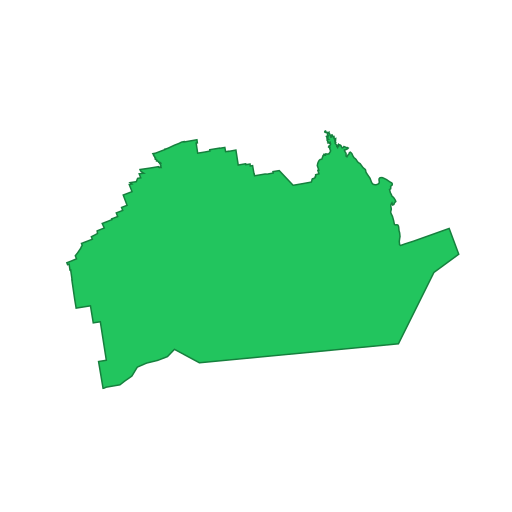 the district of San Justo, Córdoba, Argentina, rotated 69°
{"feature_id": "61730980B4375422681595", "entity_name": "San Justo", "entity_type": "district", "adm_level": 2, "iso_a3": "ARG", "parent_name": "Argentina", "parent_adm1": "Córdoba", "projection": "robinson", "projection_center": [-62.92, -31.204], "detail": "fine", "context": "isolated", "style": "filled", "palette": "green", "viewbox_px": 512, "rotation_deg": 69, "n_neighbors": 0, "source": "geoboundaries", "source_scale": "gbopen_adm2", "svg_char_len": 6010}
<svg xmlns="http://www.w3.org/2000/svg" viewBox="0 0 512 512"><g transform="rotate(69 256 256)"><path d="M299.5,65.8L298.6,103.6L298.1,112.1L298.0,117.3L296.7,117.9L296.0,117.6L293.9,117.1L290.6,115.3L289.5,114.6L285.9,113.6L283.7,113.4L280.4,112.5L279.2,112.3L277.9,112.5L277.3,113.3L277.0,114.6L276.2,115.4L275.0,115.3L272.1,114.8L267.9,114.4L264.3,114.7L263.2,114.5L262.2,113.9L261.2,113.1L260.1,112.7L257.7,112.3L256.6,111.7L255.8,110.9L255.1,110.0L257.4,110.1L257.3,108.8L256.6,108.3L255.7,107.2L255.3,106.0L254.2,105.9L251.8,106.3L250.5,106.7L248.6,107.7L247.4,107.6L245.1,107.9L241.7,107.5L241.6,106.3L240.7,105.7L239.6,105.6L238.9,104.6L238.5,103.4L237.5,102.9L236.3,103.1L235.5,103.9L232.6,106.0L231.6,106.6L228.9,109.1L228.1,110.0L227.6,111.1L227.4,112.3L227.9,113.3L229.0,113.9L231.3,114.4L232.2,115.2L232.6,116.3L232.6,117.4L232.5,118.7L231.2,120.8L230.1,121.4L228.9,121.7L224.2,121.7L220.6,122.6L217.2,123.3L214.8,122.9L213.7,123.3L212.8,123.9L211.6,124.5L207.1,125.7L206.2,126.4L205.2,127.1L204.1,127.5L201.7,128.0L200.6,128.5L199.6,129.2L197.2,129.7L194.9,129.8L193.8,130.2L192.8,130.8L193.1,131.9L194.1,132.6L194.5,133.7L195.2,134.6L196.0,135.5L195.3,136.1L194.1,135.8L193.1,135.3L192.0,135.2L190.8,135.5L189.6,135.7L188.6,135.4L189.0,134.3L188.8,133.3L188.8,132.2L188.3,131.2L187.4,131.9L187.1,133.0L186.1,133.8L185.3,134.7L186.0,135.6L186.0,136.8L184.8,137.0L183.6,137.1L183.0,137.3L183.1,137.5L182.7,137.9L182.1,138.2L182.1,138.6L181.8,138.7L181.7,138.9L181.3,139.0L181.7,139.5L181.9,139.5L181.9,139.8L182.9,140.2L183.2,139.9L183.4,140.4L184.0,140.9L183.2,141.1L182.7,140.9L182.6,141.0L182.5,141.3L182.0,141.1L181.6,141.0L179.0,141.7L178.5,141.4L178.8,141.2L178.6,140.8L178.4,140.8L178.1,141.0L177.7,141.0L176.9,140.5L176.9,141.1L176.5,141.0L176.5,140.5L176.3,140.3L175.9,140.2L175.1,139.6L174.9,139.5L174.9,139.8L175.2,140.1L175.0,140.3L175.3,140.5L175.1,140.8L174.2,141.0L173.7,140.9L173.3,141.0L173.3,140.6L173.1,140.5L172.9,140.6L172.5,140.4L172.2,140.4L172.2,140.8L171.8,141.5L171.3,141.6L170.3,141.5L170.1,141.6L170.1,141.8L170.3,142.5L170.6,142.7L171.7,142.6L172.1,143.4L172.1,143.5L171.9,143.6L171.4,143.3L171.1,143.3L169.4,143.5L168.7,143.4L167.5,143.8L166.6,143.5L166.7,144.1L166.8,144.3L166.3,144.8L165.9,145.8L165.5,146.3L164.9,146.6L164.7,146.5L164.6,146.2L164.3,146.2L164.2,146.3L164.3,146.5L164.2,146.8L164.6,147.3L164.8,147.4L165.0,147.3L165.5,147.0L165.6,146.8L165.6,146.4L166.3,145.9L166.4,145.4L166.9,145.4L167.3,145.3L168.1,145.7L169.2,145.4L169.3,145.7L169.6,145.6L169.6,145.9L169.9,146.1L169.5,146.6L169.5,147.4L169.6,147.5L170.0,147.4L170.1,146.6L170.3,146.6L170.5,147.0L170.8,147.1L171.1,146.9L171.0,146.4L171.6,146.7L171.3,146.9L171.4,147.5L171.7,147.6L172.1,147.3L172.4,147.2L172.8,146.9L172.6,147.5L172.9,147.8L173.0,148.1L173.3,148.2L173.6,148.0L174.0,147.9L174.6,148.0L175.1,147.8L175.2,148.0L175.5,147.7L175.7,148.0L176.1,148.2L176.1,147.9L176.3,147.7L176.1,147.2L176.3,146.7L176.6,147.1L177.0,147.2L177.2,146.8L176.8,146.1L177.2,146.2L177.6,146.1L178.6,146.5L179.0,146.9L179.1,147.4L179.6,147.8L179.4,148.3L179.7,148.7L180.2,149.2L180.4,149.1L180.4,148.9L180.9,148.9L181.1,148.7L181.0,148.4L180.8,148.3L180.9,148.1L181.2,148.3L181.6,148.2L181.9,148.6L183.1,148.7L184.0,148.5L184.3,148.6L184.5,148.9L184.9,148.9L185.3,149.3L186.2,150.5L186.5,151.2L186.8,151.3L186.6,152.1L186.6,152.4L186.5,152.5L186.5,152.9L186.0,153.5L186.0,154.1L185.8,154.1L185.6,154.5L185.7,154.9L186.1,155.3L186.4,155.4L186.5,155.2L186.8,155.2L186.7,155.5L186.5,155.8L185.7,155.7L185.4,156.1L185.7,156.3L185.9,156.7L186.2,157.1L186.3,157.5L186.8,157.6L187.4,158.4L189.1,159.7L189.1,160.6L188.9,161.4L189.0,161.7L189.2,162.4L189.9,163.5L191.1,164.7L192.0,165.4L193.6,166.4L197.1,166.5L197.3,166.7L198.4,166.6L198.3,167.6L201.8,167.8L201.5,171.2L201.7,171.4L202.8,171.6L203.0,171.8L203.3,172.5L203.9,172.5L204.2,173.3L204.1,174.0L204.4,174.3L204.5,174.5L204.1,175.5L204.2,175.8L204.4,176.1L205.7,176.9L206.8,177.9L205.3,185.9L203.3,196.0L184.6,203.7L183.3,209.9L184.7,210.2L183.9,214.4L183.7,215.9L182.7,218.2L180.6,228.6L178.6,228.2L178.5,228.4L170.4,226.8L169.9,229.1L168.0,228.6L167.1,232.8L166.2,232.6L164.7,240.0L149.9,236.8L148.5,244.3L148.3,244.2L147.7,247.0L143.5,246.2L142.4,251.4L142.2,251.4L140.2,261.1L141.5,261.4L140.6,266.5L139.1,273.6L129.1,271.4L129.4,270.2L126.3,269.5L123.8,282.2L123.4,282.1L123.0,284.7L123.3,287.5L123.3,292.3L123.8,299.0L123.8,302.0L123.7,302.0L123.6,302.8L124.0,302.8L124.0,312.8L123.5,315.6L124.1,315.5L124.4,315.1L124.7,315.1L125.2,315.5L125.6,315.3L126.0,315.4L126.8,315.2L127.6,314.9L127.8,315.1L128.0,315.0L128.3,315.1L128.6,314.8L129.1,315.2L129.4,315.4L129.6,315.3L129.6,315.0L129.7,314.9L130.8,314.4L131.6,314.8L131.7,314.6L131.5,314.3L131.4,314.1L131.9,314.0L132.3,313.7L132.7,313.6L133.0,313.2L133.3,313.1L133.7,313.2L133.8,313.0L134.1,312.4L134.6,312.6L134.4,312.0L134.5,311.9L134.9,311.6L135.5,311.6L135.7,312.3L135.8,312.4L136.4,312.3L137.0,312.5L137.7,312.4L138.0,312.5L138.3,312.9L139.3,312.9L138.8,313.8L139.0,314.1L138.8,314.4L138.4,314.6L138.3,315.1L138.0,315.1L137.8,314.8L137.7,314.8L135.8,324.0L133.7,333.3L134.9,333.3L135.8,333.0L137.6,331.8L138.5,331.1L137.4,335.6L141.7,335.6L141.1,338.7L143.7,341.1L142.4,347.2L144.3,346.1L143.8,348.7L151.5,348.7L151.5,358.1L162.5,358.2L162.5,364.1L165.7,364.1L165.7,371.0L169.6,371.0L169.6,377.4L170.4,377.4L170.5,381.4L170.5,387.9L175.5,387.6L175.6,395.3L178.2,395.9L178.7,399.6L179.0,402.8L181.7,402.8L181.7,414.4L183.8,414.4L184.4,415.3L185.4,416.4L186.1,416.9L186.3,417.5L186.8,417.8L187.0,418.4L189.2,421.5L191.0,424.6L194.3,424.6L194.5,430.1L194.5,435.0L196.6,435.0L196.7,433.4L202.4,434.7L202.5,434.0L212.6,436.3L212.5,436.5L231.5,440.8L240.2,442.6L243.2,428.4L260.1,431.9L261.6,424.9L299.7,433.1L298.1,440.8L324.7,446.2L324.9,445.4L324.8,442.8L327.5,429.2L325.8,423.7L323.6,414.9L317.4,406.9L317.2,406.4L316.8,397.6L316.8,396.2L318.2,385.3L318.2,374.7L313.9,365.6L335.4,347.1L389.0,154.5L335.1,95.8L327.0,66.1L299.5,65.8Z" fill="#22c55e" stroke="#15803d" stroke-width="1.5"/></g></svg>